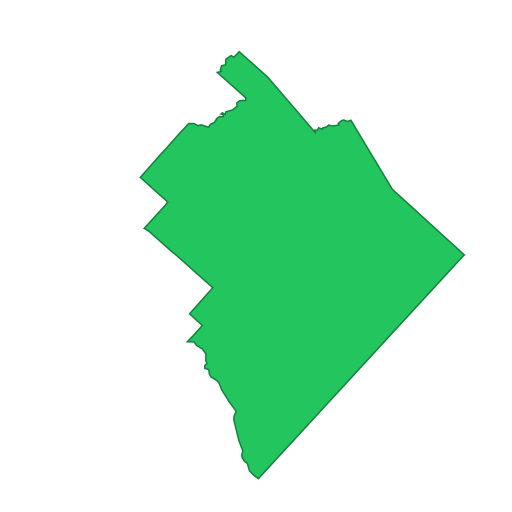 outline of Yavapai, Arizona, United States of America, rotated 222°
{"feature_id": "52423323B41142242539063", "entity_name": "Yavapai", "entity_type": "district", "adm_level": 2, "iso_a3": "USA", "parent_name": "United States of America", "parent_adm1": "Arizona", "projection": "albers", "projection_center": [-112.227, 34.707], "detail": "fine", "context": "isolated", "style": "filled", "palette": "green", "viewbox_px": 512, "rotation_deg": 222, "n_neighbors": 0, "source": "geoboundaries", "source_scale": "gbopen_adm2", "svg_char_len": 1375}
<svg xmlns="http://www.w3.org/2000/svg" viewBox="0 0 512 512"><g transform="rotate(222 256 256)"><path d="M102.7,332.8L102.0,396.0L101.9,396.2L199.2,396.8L251.3,412.7L276.3,420.4L278.2,417.1L281.8,415.8L283.0,413.8L283.6,409.6L282.1,408.7L286.5,403.4L289.6,402.1L290.0,398.9L292.1,395.9L291.6,394.6L295.2,393.2L294.6,390.4L296.5,388.9L294.7,387.4L344.6,393.9L367.2,396.8L405.2,396.6L405.4,389.0L408.6,388.3L410.1,382.1L406.5,377.7L408.9,374.4L407.1,370.4L405.2,369.9L407.7,366.5L369.2,366.7L367.8,364.7L372.0,360.7L372.7,357.0L370.3,354.6L371.1,349.0L374.8,343.0L373.7,340.5L376.7,340.0L377.0,338.1L375.0,339.2L373.6,337.6L375.2,335.9L376.3,335.5L377.2,332.2L376.3,327.5L378.0,323.5L377.5,319.9L384.4,316.9L386.5,313.9L390.4,313.2L394.7,309.3L394.7,302.8L394.9,297.2L394.7,270.1L394.9,270.1L394.6,237.0L372.8,237.0L357.8,237.1L357.4,234.1L357.6,201.7L352.5,202.7L320.1,202.9L317.8,203.2L266.9,203.5L266.7,168.6L249.4,168.4L249.4,154.0L249.7,146.3L244.5,150.7L240.1,149.8L233.3,151.0L227.5,149.6L223.2,144.5L220.5,143.3L220.8,140.3L218.9,138.3L214.9,139.9L211.5,136.9L208.5,136.0L202.0,137.2L198.8,137.0L191.9,133.6L178.3,129.7L168.0,127.6L166.6,126.9L165.3,122.7L163.0,119.5L145.2,107.4L135.2,102.2L133.7,98.8L131.0,96.7L127.0,95.7L123.8,96.1L116.9,91.9L110.9,91.6L105.2,92.1L105.2,96.0L103.6,247.2L102.7,332.8Z" fill="#22c55e" stroke="#15803d" stroke-width="1.5"/></g></svg>